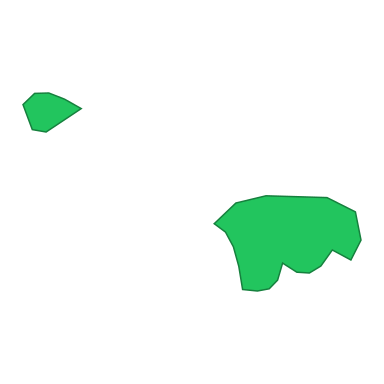 map outline of Manu's (Equal Earth projection)
{"feature_id": "ASM-4999", "entity_name": "Manu's", "entity_type": "state/province", "adm_level": 1, "iso_a3": "ASM", "parent_name": "American Samoa", "parent_adm1": "", "projection": "equal_earth", "projection_center": [-169.541, -14.22], "detail": "fine", "context": "isolated", "style": "filled", "palette": "green", "viewbox_px": 384, "rotation_deg": 0, "n_neighbors": 0, "source": "natural_earth", "source_scale": "10m", "svg_char_len": 458}
<svg xmlns="http://www.w3.org/2000/svg" viewBox="0 0 384 384"><path d="M327.0,197.6L355.4,211.9L361.0,240.1L350.9,260.0L332.3,250.0L320.9,266.0L309.4,273.0L296.8,272.2L282.6,263.1L277.6,280.1L269.2,288.8L257.4,291.0L242.6,289.5L238.8,266.4L233.4,246.8L225.5,232.1L214.2,223.7L235.9,203.0L266.0,195.8L327.0,197.6ZM23.0,104.6L34.6,93.4L48.8,93.0L64.6,99.2L81.2,108.6L46.1,132.0L32.3,129.6L23.0,104.6Z" fill="#22c55e" stroke="#15803d" stroke-width="1.5"/></svg>